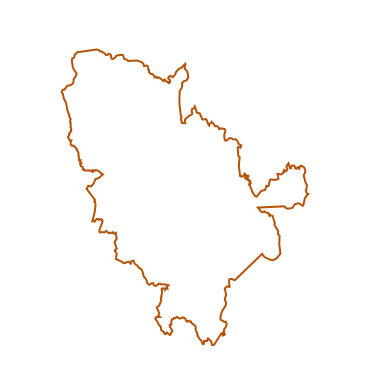 the district of Bafwasende, Orientale, Democratic Republic of the Congo, rotated 172°
{"feature_id": "63176286B50174012793828", "entity_name": "Bafwasende", "entity_type": "district", "adm_level": 2, "iso_a3": "COD", "parent_name": "Democratic Republic of the Congo", "parent_adm1": "Orientale", "projection": "equal_earth", "projection_center": [26.956, 0.799], "detail": "fine", "context": "isolated", "style": "outline", "palette": "amber", "viewbox_px": 384, "rotation_deg": 172, "n_neighbors": 0, "source": "geoboundaries", "source_scale": "gbopen_adm2", "svg_char_len": 6013}
<svg xmlns="http://www.w3.org/2000/svg" viewBox="0 0 384 384"><g transform="rotate(172 192 192)"><path d="M215.9,65.5L215.2,65.4L214.7,64.2L213.0,65.0L212.3,64.0L211.0,63.9L210.9,62.6L207.6,59.2L207.1,58.1L207.5,56.0L207.3,53.8L206.3,51.1L206.7,50.0L206.5,48.8L206.0,48.5L205.4,46.0L203.7,43.9L202.6,40.1L201.5,39.8L200.7,42.8L198.0,42.3L196.6,44.8L195.9,44.6L195.0,42.5L193.8,41.6L193.4,37.7L191.4,37.6L182.9,47.6L181.6,48.2L181.3,45.6L179.7,46.1L179.2,46.7L179.8,48.4L179.4,51.5L177.5,53.3L176.0,56.4L176.5,58.9L178.3,58.8L179.1,60.0L181.0,61.0L181.6,62.7L180.5,66.3L178.7,69.8L174.2,75.3L173.6,78.1L174.4,80.1L174.4,81.6L172.5,85.3L173.0,91.9L170.3,93.7L168.2,92.7L167.8,93.2L168.0,96.9L167.2,100.3L165.3,100.6L161.9,98.7L131.2,121.0L129.2,117.4L124.4,114.2L121.7,113.2L117.9,114.2L113.0,118.6L112.9,128.2L111.4,136.3L112.8,138.3L112.1,141.2L115.0,148.1L114.3,149.7L115.6,157.2L117.6,158.3L118.1,157.8L118.3,158.7L118.7,158.2L118.9,158.7L119.5,160.5L122.2,161.7L123.1,162.8L125.0,162.1L126.3,162.9L128.9,167.4L103.9,165.1L102.1,164.6L101.1,162.9L99.8,162.2L96.4,162.1L94.9,162.3L91.6,165.7L87.9,166.0L84.1,162.9L83.5,163.6L81.1,170.2L77.4,173.8L78.2,173.9L79.2,177.5L78.6,178.1L77.2,182.8L78.3,185.8L79.1,192.9L76.8,196.3L77.4,200.5L79.1,202.2L80.9,202.8L82.6,200.2L83.4,201.8L84.6,201.3L85.1,200.4L85.7,200.6L86.5,201.0L86.8,203.2L87.4,204.1L89.6,204.1L90.5,203.1L90.7,201.8L91.7,202.1L92.4,207.0L94.9,204.5L94.4,201.1L94.9,200.3L97.1,199.3L97.2,200.4L97.8,200.0L98.0,200.5L99.4,197.9L101.4,197.0L104.8,198.0L104.5,193.3L104.9,192.8L108.1,192.4L111.6,193.4L113.2,193.2L115.3,187.4L116.5,187.1L117.4,187.7L119.3,184.0L123.6,183.2L128.6,178.4L130.0,179.1L132.1,183.3L133.5,189.3L134.6,191.6L133.9,192.6L133.2,191.8L132.7,192.4L132.8,193.8L133.4,193.5L133.2,194.3L133.7,194.6L133.3,195.6L135.2,196.3L134.9,197.5L135.9,197.1L136.7,198.2L136.9,197.6L137.5,198.0L137.0,198.9L135.7,198.3L135.1,200.0L133.9,199.7L133.8,200.2L135.7,200.7L136.6,199.8L137.1,200.7L136.7,202.2L137.2,202.9L137.9,202.3L137.7,201.0L138.8,200.4L140.0,200.2L140.3,200.9L141.6,200.6L142.2,201.1L142.0,211.7L139.9,220.0L141.1,221.2L140.6,229.1L140.4,229.9L139.5,230.2L138.0,229.1L136.7,231.3L139.1,233.1L139.8,236.0L141.5,238.2L144.1,238.4L145.2,239.6L146.9,240.2L150.9,238.1L151.9,238.4L152.5,240.7L152.0,244.5L150.5,247.6L150.4,249.0L151.0,249.8L154.8,251.1L155.5,250.5L156.5,250.6L156.6,252.0L157.8,253.7L160.3,254.0L160.6,255.5L162.8,258.7L163.3,257.8L165.2,257.2L165.7,255.6L166.6,257.1L167.6,261.8L168.3,262.5L170.6,262.1L171.7,262.5L173.4,268.9L176.1,269.9L177.3,276.3L178.3,274.7L180.8,273.8L181.0,272.0L180.7,270.0L181.3,268.8L184.5,267.8L188.6,265.0L189.4,262.6L189.1,261.1L192.4,261.8L192.9,266.1L192.2,266.6L191.9,268.8L192.5,269.0L192.1,282.2L190.2,293.5L187.7,296.4L186.6,299.8L186.9,301.2L184.5,302.9L182.1,303.2L180.2,305.3L179.7,306.5L179.7,310.3L180.3,312.8L181.9,315.0L181.9,316.5L180.6,319.5L180.8,320.0L184.9,316.7L188.4,315.5L191.4,312.7L192.2,310.8L195.1,308.4L197.2,310.0L199.2,309.2L199.8,307.7L198.4,306.4L198.2,304.6L198.5,303.6L199.6,303.3L199.6,304.2L200.6,303.8L202.9,306.0L203.2,307.1L203.7,307.2L204.6,305.8L208.7,309.9L210.3,310.4L210.7,309.8L211.8,311.0L213.1,310.8L213.2,312.2L214.7,314.2L216.3,314.6L218.1,317.0L217.5,318.7L218.3,319.4L218.3,322.6L219.1,323.5L222.0,323.4L222.2,325.4L223.5,327.4L228.2,329.9L237.0,330.6L237.7,331.9L240.6,333.2L241.1,336.5L241.8,337.6L246.8,337.7L248.1,337.3L250.1,335.2L252.4,334.8L253.2,335.3L253.3,339.0L255.0,340.5L256.9,339.4L258.3,339.7L259.3,341.6L261.3,342.9L261.8,343.9L263.4,343.9L264.5,345.5L266.6,346.4L286.6,346.3L287.3,345.3L289.2,344.3L289.4,342.7L290.2,341.4L292.1,340.8L292.7,338.5L292.7,332.5L292.0,329.7L289.8,325.5L290.5,323.4L293.4,320.4L294.2,316.9L295.3,315.6L297.5,314.7L300.6,314.6L303.9,311.2L306.0,311.2L307.2,309.1L306.3,307.3L305.9,302.5L304.3,297.5L304.1,291.4L303.4,286.8L302.9,286.1L302.9,283.3L302.0,281.0L302.9,279.1L302.5,278.0L303.0,277.3L302.6,275.8L303.3,273.5L302.7,271.7L303.3,270.1L303.0,269.1L305.1,267.6L305.0,266.7L305.8,266.3L306.0,265.2L307.2,263.7L305.8,260.1L304.4,259.8L305.0,259.1L305.6,256.0L304.4,254.5L302.9,254.6L302.5,253.3L301.4,253.1L300.8,251.1L300.0,250.6L300.1,249.4L299.0,246.4L299.1,244.6L299.6,243.7L299.2,242.9L299.4,238.8L298.7,238.2L298.0,238.7L298.2,236.7L297.4,235.9L298.3,235.0L298.8,235.3L298.5,233.1L296.7,232.1L297.0,230.9L296.7,229.1L295.6,229.4L294.9,228.0L291.2,227.9L290.7,227.2L289.2,227.3L288.0,226.0L287.2,227.3L286.4,226.0L284.8,227.3L281.5,225.9L279.5,223.1L277.8,221.8L282.6,218.7L285.7,218.3L288.2,214.2L290.9,211.6L294.0,212.6L295.3,210.3L296.0,210.0L289.1,197.5L290.1,196.1L289.5,195.7L289.3,193.0L290.8,186.7L294.6,177.1L293.5,177.4L293.1,176.3L292.4,176.3L290.1,178.5L288.7,178.3L287.9,177.2L286.9,178.0L285.7,177.0L285.2,177.3L284.5,175.6L288.7,167.8L289.3,165.6L288.5,164.6L286.7,164.9L284.3,164.1L282.4,165.4L280.1,162.7L278.3,163.1L276.7,162.5L275.9,163.2L274.6,161.6L273.2,162.1L273.1,156.2L275.7,153.1L274.4,146.3L276.3,145.2L276.7,144.4L275.5,142.6L275.2,141.3L276.7,136.3L270.8,132.5L269.9,131.1L267.9,130.9L266.9,131.6L264.4,131.9L262.7,129.6L261.6,131.9L259.4,132.1L259.1,129.9L258.1,128.3L256.2,126.6L254.8,123.7L253.4,123.3L252.9,122.5L252.1,120.3L251.6,115.1L250.3,113.3L249.2,110.4L249.0,108.0L247.9,106.4L246.8,106.1L245.0,107.2L243.2,107.1L242.8,105.1L241.2,104.1L238.8,104.8L237.8,105.8L236.6,105.7L235.1,104.7L232.2,104.4L228.3,102.9L230.1,101.6L229.9,99.8L231.0,100.6L232.4,98.8L232.6,100.1L233.9,100.7L235.1,100.6L235.8,99.6L235.4,98.8L235.9,95.3L236.8,93.7L236.8,92.0L237.4,91.9L237.7,90.9L237.5,89.0L240.3,84.0L242.6,83.0L242.9,82.2L241.3,76.6L242.4,74.6L241.1,72.7L244.8,73.1L246.0,71.7L243.7,67.0L243.4,64.9L241.7,63.1L241.7,59.4L239.3,57.3L239.2,55.7L238.1,54.9L236.5,56.3L234.2,53.7L233.2,53.6L232.6,55.4L231.1,56.3L231.0,58.0L232.7,61.6L232.3,62.5L232.6,63.2L230.8,63.6L230.8,65.6L229.6,68.8L228.1,68.7L227.1,69.7L226.3,69.4L224.1,70.5L223.6,69.5L221.4,68.3L218.4,69.1L217.3,68.4L216.2,67.4L215.9,65.5Z" fill="none" stroke="#b45309" stroke-width="2"/></g></svg>